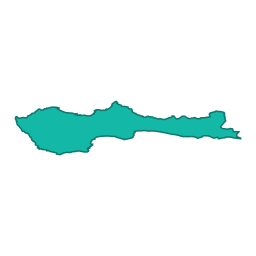 outline of Snæfellsbær, Vesturland, Iceland
{"feature_id": "244011B30460955116065", "entity_name": "Snæfellsbær", "entity_type": "district", "adm_level": 2, "iso_a3": "ISL", "parent_name": "Iceland", "parent_adm1": "Vesturland", "projection": "robinson", "projection_center": [-23.52, 64.838], "detail": "fine", "context": "isolated", "style": "filled", "palette": "teal", "viewbox_px": 256, "rotation_deg": 0, "n_neighbors": 0, "source": "geoboundaries", "source_scale": "gbopen_adm2", "svg_char_len": 5743}
<svg xmlns="http://www.w3.org/2000/svg" viewBox="0 0 256 256"><path d="M116.1,101.4L116.0,101.5L114.9,101.9L113.0,103.4L112.4,103.6L112.1,104.2L112.1,104.6L111.8,105.2L112.1,105.4L111.6,106.2L110.0,107.9L108.5,108.9L107.4,109.3L106.7,109.0L105.8,109.1L106.3,109.3L105.9,109.5L106.0,109.7L105.7,109.7L105.7,110.0L105.0,110.4L103.6,110.2L101.2,110.4L100.2,110.3L99.7,109.8L96.3,109.8L95.9,110.0L96.2,110.1L96.1,110.4L95.7,110.3L95.6,110.6L95.3,110.4L95.0,110.6L95.1,110.8L94.8,110.9L95.0,111.0L94.8,111.3L95.3,111.6L95.3,112.1L93.5,113.4L93.8,113.8L93.5,113.8L92.3,114.7L90.5,115.7L89.4,115.9L87.2,116.0L85.0,115.2L79.1,115.5L78.8,115.3L79.0,115.1L78.1,115.3L77.2,115.1L77.3,115.0L77.0,114.8L77.5,114.4L77.3,114.1L77.4,114.4L77.1,114.7L76.8,114.5L77.0,114.3L76.8,114.5L76.2,114.5L76.8,114.1L76.7,114.0L77.9,113.9L75.8,113.8L74.5,114.0L72.7,113.2L66.1,112.7L62.8,111.6L59.4,110.0L58.3,109.3L59.0,108.5L59.3,108.6L59.0,108.4L58.3,109.1L57.6,108.8L58.0,108.2L57.1,107.9L57.4,107.8L57.2,107.7L57.3,107.7L57.6,107.8L57.8,107.8L59.1,108.1L59.6,108.1L56.5,107.3L52.3,107.1L50.3,107.5L48.0,108.2L47.3,108.3L46.9,108.1L46.8,108.5L46.0,108.8L45.4,108.7L44.6,108.8L42.9,110.1L41.8,110.1L40.6,109.8L39.9,109.2L39.4,109.0L38.8,109.1L37.4,110.2L37.3,110.6L35.3,111.6L35.1,112.6L35.0,112.8L33.7,113.2L32.5,113.2L31.8,113.5L30.6,114.9L28.2,115.8L27.8,116.1L27.5,116.5L27.2,117.4L26.5,117.8L25.5,117.9L23.3,117.5L22.0,117.7L20.6,118.1L19.0,118.2L17.5,117.5L17.0,116.8L16.2,116.7L15.8,116.9L15.8,117.5L15.5,118.0L15.4,118.6L15.5,118.6L15.4,118.8L15.5,119.0L15.8,119.1L16.0,119.4L16.2,120.6L16.7,121.2L16.5,121.3L16.8,121.7L16.8,122.3L16.7,122.4L16.9,122.9L17.1,124.3L17.8,125.2L18.8,125.9L19.7,127.3L21.1,128.7L21.7,129.8L21.7,130.5L22.4,130.9L22.6,131.3L24.3,131.5L24.5,132.0L25.9,133.1L27.1,133.0L27.4,133.2L27.4,133.5L28.8,133.9L29.0,135.0L29.8,136.6L30.4,137.1L31.0,137.3L31.6,138.4L31.4,138.7L31.6,138.8L31.8,139.9L32.2,140.3L32.8,140.6L33.2,141.3L34.2,141.6L34.6,142.1L35.5,142.7L35.5,142.9L35.8,143.2L35.4,144.2L35.5,144.3L35.5,144.8L36.2,145.1L36.3,145.4L37.3,145.7L38.2,146.3L38.1,146.7L38.5,147.1L38.1,147.3L38.3,147.4L38.2,147.5L38.4,147.5L38.7,147.6L38.4,148.0L38.6,148.0L39.1,148.4L38.9,148.8L39.0,149.1L41.4,148.9L41.7,148.9L41.9,149.4L42.1,149.5L43.6,149.5L44.0,149.7L45.4,149.7L45.8,149.9L46.8,150.0L46.6,150.6L46.7,150.8L47.3,150.8L48.3,150.6L50.0,151.5L52.3,151.9L54.7,152.5L56.1,152.7L56.7,153.5L57.2,153.9L57.0,154.1L58.0,154.2L59.2,154.6L60.6,154.5L61.2,153.9L62.6,153.6L62.6,153.4L63.0,153.2L64.7,152.7L68.0,152.3L69.8,152.6L70.5,152.3L71.1,152.3L71.2,152.1L73.0,151.6L73.7,151.6L74.2,151.8L74.5,151.6L77.2,151.0L77.9,151.1L79.1,150.9L80.4,151.2L81.5,151.3L82.4,151.7L84.9,152.0L86.8,152.0L87.8,151.7L88.5,151.1L88.4,150.9L88.6,150.5L88.3,149.8L87.4,149.2L87.4,148.7L88.1,148.6L88.2,148.4L88.7,148.2L89.0,148.2L88.8,147.9L89.2,148.0L89.3,147.5L89.8,147.5L89.7,146.9L90.1,146.3L90.6,146.5L90.7,146.4L90.6,146.1L91.5,145.8L91.6,145.5L92.5,145.2L92.6,144.8L92.4,144.7L92.6,144.6L92.4,144.6L92.4,144.4L92.2,144.4L92.2,144.2L91.8,144.2L92.0,144.2L91.8,144.4L91.4,144.3L90.3,143.0L91.8,140.8L91.7,140.1L94.0,139.2L94.6,139.2L94.5,138.9L94.9,138.4L95.0,138.1L95.4,138.0L96.4,137.1L99.2,136.5L103.8,136.1L108.1,136.0L112.6,136.4L114.6,136.4L115.2,136.5L116.5,137.3L120.2,138.2L121.6,138.8L123.2,139.0L124.1,139.6L124.9,139.5L126.2,139.1L127.8,139.0L129.8,138.2L131.3,138.1L132.4,137.7L132.8,137.3L132.9,136.9L133.1,136.9L133.3,136.2L134.0,135.6L133.8,134.7L133.3,134.1L134.1,133.3L134.9,132.8L134.8,132.5L135.0,132.0L134.4,131.7L135.4,131.1L137.5,130.9L142.1,130.8L143.6,130.5L145.1,130.7L145.8,130.6L148.7,131.1L151.6,130.9L155.6,131.1L165.4,132.8L172.1,134.3L173.7,134.4L177.0,135.0L180.0,135.7L180.8,136.2L182.6,136.3L183.1,136.7L183.9,136.7L185.0,136.5L185.7,136.6L186.3,136.4L186.6,136.4L186.8,136.7L187.5,136.6L189.3,136.7L190.5,136.5L193.3,136.6L196.3,137.4L197.9,138.4L199.0,137.7L200.8,137.3L202.2,136.9L202.5,136.4L204.0,135.7L208.1,135.9L209.7,136.3L212.7,137.7L213.9,138.1L215.9,137.8L217.2,137.2L217.8,137.4L218.1,137.7L218.2,138.6L219.0,138.8L222.0,138.0L225.1,137.7L225.3,137.2L228.9,137.0L232.4,137.4L233.8,138.0L234.3,137.9L240.6,138.7L240.6,138.3L240.4,137.9L239.4,138.1L239.2,138.0L239.1,137.5L236.8,136.7L236.7,134.1L238.5,132.4L238.3,132.1L238.7,131.7L233.2,131.6L232.6,128.9L230.1,128.5L227.9,129.2L222.7,128.6L221.5,128.0L220.4,126.7L224.7,121.9L225.6,121.0L225.6,120.3L224.9,119.1L225.1,117.4L224.5,116.8L224.7,116.6L224.6,116.4L224.7,116.0L224.6,115.5L224.3,115.2L224.5,115.0L224.4,114.6L224.0,114.1L224.1,113.9L224.4,113.9L224.6,113.5L224.0,113.0L224.1,112.9L223.9,112.8L224.0,112.6L223.9,112.4L220.4,111.5L218.5,111.6L218.2,111.4L217.9,111.6L216.8,111.1L215.9,111.1L215.8,111.5L210.4,112.9L209.8,113.4L209.3,114.1L209.3,114.8L210.0,115.4L210.2,116.4L208.2,117.3L206.5,117.3L205.0,117.7L200.6,117.9L200.1,118.7L198.5,118.5L197.3,118.9L196.0,118.1L194.2,117.5L192.8,118.2L191.5,118.1L190.2,118.7L189.3,118.6L187.6,118.1L186.3,117.4L184.8,116.2L182.4,116.2L178.4,118.9L176.7,118.9L175.5,118.3L174.0,116.1L173.4,116.0L172.7,116.3L172.1,116.0L171.9,116.9L171.0,117.4L169.3,117.7L165.6,119.2L163.7,119.6L162.7,119.2L160.9,119.0L160.2,118.6L158.9,119.0L157.5,118.8L155.4,118.0L154.2,118.0L153.4,117.4L152.7,117.1L148.9,116.7L148.3,116.2L146.5,116.7L146.2,117.0L145.5,117.2L144.7,117.3L142.8,117.0L142.7,116.8L143.0,116.4L142.8,116.2L141.7,116.1L140.8,115.6L140.0,115.6L139.5,115.2L138.2,115.1L136.1,114.1L136.0,113.6L135.8,113.4L134.5,113.2L132.7,112.1L132.1,111.5L132.2,110.4L131.6,109.0L129.6,108.9L128.7,108.5L128.0,107.5L128.0,107.1L127.5,107.0L124.3,106.4L122.6,106.5L121.6,106.2L121.2,105.3L117.8,104.0L116.9,103.4L117.3,103.1L117.5,102.4L116.7,102.0L116.1,101.4Z" fill="#14b8a6" stroke="#0f766e" stroke-width="1.5"/></svg>